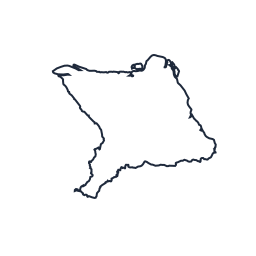 map outline of Amapá (orthographic projection), rotated 291°
{"feature_id": "BRA-681", "entity_name": "Amapá", "entity_type": "State", "adm_level": 1, "iso_a3": "BRA", "parent_name": "Brazil", "parent_adm1": "", "projection": "orthographic", "projection_center": [-52.454, 1.611], "detail": "fine", "context": "isolated", "style": "outline", "palette": "slate", "viewbox_px": 256, "rotation_deg": 291, "n_neighbors": 0, "source": "natural_earth", "source_scale": "10m", "svg_char_len": 5921}
<svg xmlns="http://www.w3.org/2000/svg" viewBox="0 0 256 256"><g transform="rotate(291 128 128)"><path d="M51.1,100.6L52.4,101.3L52.6,102.6L52.6,102.8L52.2,102.9L52.0,103.5L52.3,105.1L53.3,105.4L55.2,105.1L56.0,105.2L56.8,105.5L58.0,106.5L57.3,106.6L57.4,106.9L59.6,108.7L61.0,108.8L62.0,109.2L62.9,109.3L64.1,110.3L64.8,110.6L66.4,110.8L68.8,110.4L69.8,111.7L70.5,112.0L71.3,111.9L71.7,111.5L72.4,109.7L73.3,109.5L73.9,109.8L74.6,109.3L76.0,108.9L76.5,108.5L77.0,106.9L78.0,107.1L79.1,105.8L80.2,105.6L81.2,104.2L82.3,103.8L82.9,103.9L83.2,104.4L82.9,105.3L83.1,105.7L84.0,105.7L86.1,106.7L88.3,106.9L89.8,107.7L92.0,107.3L93.2,106.4L94.7,105.7L95.8,104.4L96.5,104.7L97.3,105.9L99.3,107.5L99.3,107.8L98.1,108.5L97.8,109.0L98.2,109.3L103.1,108.5L103.8,108.8L104.8,109.6L107.4,110.0L108.0,110.0L108.7,109.3L109.4,109.3L109.9,108.7L110.6,107.2L111.1,106.8L112.5,106.2L116.6,103.6L117.7,101.8L118.9,100.7L119.8,99.4L121.0,97.2L121.1,96.8L120.3,95.3L121.4,94.7L121.7,93.5L124.2,87.9L124.6,87.4L125.6,86.9L125.2,85.9L127.5,81.5L127.2,80.1L127.4,78.8L128.5,77.9L129.1,76.4L129.8,75.8L130.7,75.8L131.4,75.3L135.7,68.2L135.7,67.4L136.3,67.1L138.3,63.8L139.1,61.1L139.6,60.5L140.3,60.4L140.6,60.1L140.6,58.9L141.9,58.1L143.9,55.9L144.9,54.3L145.6,52.2L146.4,51.6L148.8,50.4L149.8,50.1L150.4,49.5L151.6,46.6L151.5,44.8L151.9,44.2L152.3,44.1L152.7,44.5L153.4,46.9L154.2,49.1L156.2,52.6L156.6,53.9L156.9,53.0L156.7,52.1L154.7,48.3L153.1,43.5L152.7,39.8L153.1,38.2L154.1,37.5L158.1,40.2L161.0,43.4L163.4,46.4L164.6,49.1L164.9,50.8L164.8,57.9L164.3,61.2L165.0,62.9L165.6,60.0L165.8,57.2L166.2,55.9L166.9,54.6L167.6,54.6L168.0,55.4L167.7,60.4L168.1,67.9L167.5,69.2L167.6,71.6L169.5,76.3L169.7,77.8L169.3,78.8L170.2,81.3L170.0,81.8L170.1,82.4L170.5,82.9L171.3,85.5L172.4,87.6L172.2,88.4L172.4,89.3L173.7,90.2L174.6,92.3L174.9,93.7L175.4,94.2L176.4,97.9L176.3,98.7L175.9,99.1L175.8,99.6L176.3,99.9L176.9,99.4L177.3,99.7L178.2,101.4L178.3,102.2L178.9,103.4L179.1,105.5L179.6,106.2L179.8,108.0L180.7,109.2L180.9,110.1L180.1,111.0L179.0,111.2L178.1,111.0L177.3,110.4L177.5,111.0L178.2,111.6L177.7,113.3L178.3,114.1L178.6,114.1L178.8,113.8L178.8,112.8L179.1,112.2L180.2,111.4L181.5,111.4L182.8,112.2L183.4,113.1L183.8,115.0L184.7,116.7L185.9,118.3L186.3,120.1L186.9,120.9L187.7,121.4L188.8,121.8L190.0,122.0L191.3,121.8L192.0,121.3L194.4,121.7L196.8,121.3L197.3,121.4L198.2,122.0L202.5,123.5L204.2,124.4L205.1,125.4L205.5,126.2L205.8,127.9L205.8,129.6L206.7,134.9L206.7,136.0L206.4,137.6L205.4,138.8L203.4,139.7L199.4,140.6L198.1,140.3L197.8,140.4L197.9,140.9L198.2,141.3L198.8,141.6L199.5,141.3L200.5,141.5L201.8,141.2L203.4,141.2L204.4,140.5L205.1,140.5L205.7,140.9L206.1,141.5L206.1,142.2L205.6,143.2L204.6,144.4L203.3,145.2L202.2,145.2L201.6,144.1L200.7,146.9L199.2,147.6L198.1,149.4L197.2,150.2L194.3,151.7L192.6,153.3L191.3,156.2L188.2,158.2L187.8,158.8L186.7,161.7L183.2,167.5L180.5,170.3L177.4,174.1L175.4,173.9L173.0,174.5L171.3,175.6L170.1,177.2L168.1,180.5L167.6,180.7L165.6,180.7L164.2,181.1L163.8,181.7L162.2,182.2L160.2,182.0L160.5,182.4L161.7,182.8L162.2,183.6L162.7,183.6L160.4,186.4L159.9,187.8L159.3,188.8L158.8,190.5L157.9,191.9L156.5,193.2L156.5,194.6L156.2,195.1L155.1,196.0L154.0,196.7L152.1,196.3L152.1,196.5L153.0,196.7L153.0,196.9L151.9,197.1L151.9,197.4L152.7,197.4L153.2,196.9L153.7,197.1L152.2,198.8L150.6,201.1L149.7,201.7L148.4,203.4L147.9,204.8L147.5,207.5L148.0,210.8L147.9,211.8L147.7,212.5L145.1,214.4L144.0,215.8L141.6,216.5L141.0,216.1L140.3,216.4L139.3,215.9L138.7,216.8L137.7,216.7L137.1,217.0L136.9,218.2L136.5,218.5L136.2,218.1L135.7,217.1L135.0,216.5L134.5,216.3L130.8,216.0L130.1,215.7L128.5,214.2L127.1,213.6L126.7,212.5L126.7,211.5L126.2,210.3L126.9,209.0L126.5,207.8L126.0,207.3L125.2,207.0L122.7,207.7L122.2,207.5L122.1,206.8L122.4,206.0L122.1,205.0L122.5,203.3L122.0,201.6L121.9,200.2L121.1,199.4L119.4,199.0L118.5,197.3L118.4,196.1L118.7,194.7L118.5,192.0L117.1,190.9L116.4,189.2L113.6,186.5L113.3,185.9L112.7,185.3L112.3,185.2L110.8,186.0L109.5,185.6L107.6,180.0L107.0,179.5L106.3,178.0L106.5,175.1L105.8,173.2L105.4,171.6L104.1,170.2L102.6,167.1L102.6,164.1L102.2,162.7L102.6,159.6L103.1,157.7L103.0,155.9L102.5,155.5L99.6,155.0L97.7,154.2L96.7,153.2L95.6,151.2L93.4,149.4L93.1,147.6L92.8,147.0L92.9,146.2L92.0,144.3L91.8,143.4L91.9,142.6L92.1,142.1L93.4,141.8L93.7,141.5L92.9,139.3L92.0,139.1L89.4,139.7L89.2,139.3L89.5,138.4L88.7,137.2L89.2,136.4L89.1,135.9L87.4,135.6L85.8,135.9L85.5,135.1L85.6,134.1L85.5,133.9L85.1,133.9L84.7,134.4L84.3,134.4L83.7,134.1L83.9,133.7L83.4,133.5L83.1,133.6L83.1,134.3L82.7,134.9L80.4,134.2L80.4,135.1L79.4,135.2L79.3,134.7L78.4,134.6L78.3,134.0L77.3,133.3L77.2,132.7L75.6,131.6L74.9,130.8L74.5,130.8L73.7,131.4L72.3,131.4L72.0,131.1L72.0,130.0L71.2,128.8L71.5,128.0L70.5,127.9L70.1,127.2L69.3,126.5L68.9,126.4L68.6,126.7L65.4,124.3L63.3,123.1L62.6,123.5L61.5,123.1L59.0,123.6L58.3,123.2L56.0,122.4L52.8,123.1L52.1,122.8L51.3,122.8L50.7,121.8L50.4,119.1L50.4,116.2L50.2,115.5L49.4,115.2L49.3,114.9L49.6,114.4L50.6,113.7L50.8,113.2L50.5,112.2L49.7,111.4L49.8,110.1L50.1,109.7L50.5,109.7L50.9,109.4L51.4,107.8L52.0,107.0L51.4,103.7L51.4,102.3L50.1,100.9L51.1,100.6ZM188.1,112.0L189.8,111.9L191.2,113.6L191.3,114.4L192.6,116.5L192.6,117.2L191.8,118.3L190.6,119.4L189.2,119.9L188.0,119.3L187.4,117.4L186.8,116.6L186.7,116.0L185.9,115.5L186.5,112.5L187.6,112.4L188.1,112.0ZM199.3,155.3L193.8,155.6L193.6,154.9L193.8,153.6L195.4,152.0L197.6,151.1L198.4,150.2L199.1,150.1L199.9,150.2L200.8,150.6L201.8,150.6L202.1,150.9L201.0,153.2L200.2,153.9L200.0,154.6L199.3,155.3ZM200.6,149.9L200.3,149.7L199.5,149.5L199.4,148.8L200.3,148.2L201.1,148.0L201.6,147.0L202.1,146.7L203.7,146.1L204.3,145.5L205.0,145.3L205.3,145.7L203.8,148.3L202.4,149.4L200.6,149.9ZM185.8,111.1L184.9,110.5L186.2,109.5L187.8,109.6L188.8,110.3L189.2,110.9L189.3,111.5L189.0,111.7L188.0,111.7L187.5,112.1L186.7,112.1L186.0,111.8L185.8,111.1Z" fill="none" stroke="#1e293b" stroke-width="2"/></g></svg>